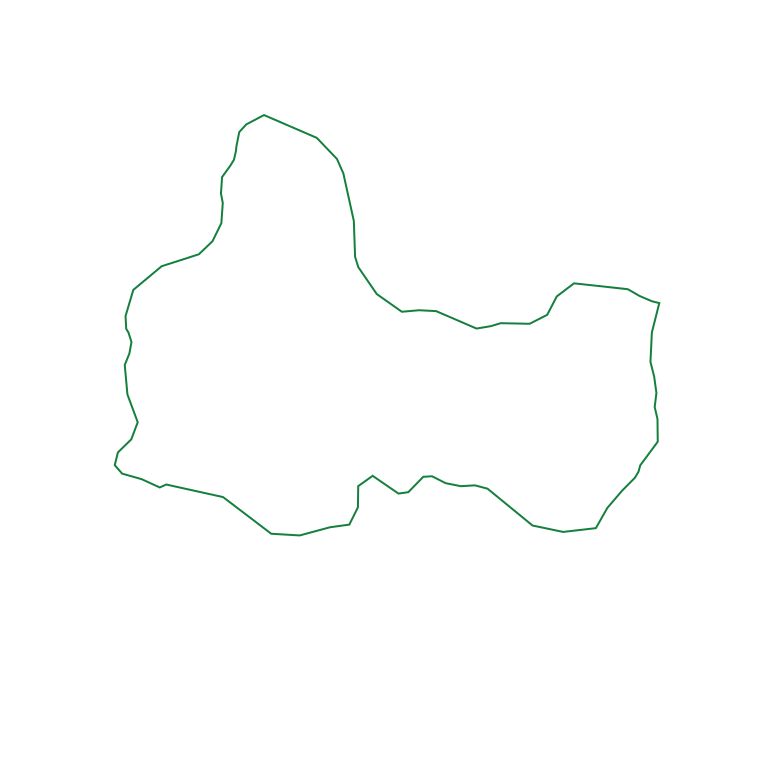 SVG path tracing the border of Mus, rotated 33°
{"feature_id": "TUR-2310", "entity_name": "Mus", "entity_type": "Province", "adm_level": 1, "iso_a3": "TUR", "parent_name": "Turkey", "parent_adm1": "", "projection": "mercator", "projection_center": [41.844, 39.013], "detail": "fine", "context": "isolated", "style": "outline", "palette": "green", "viewbox_px": 768, "rotation_deg": 33, "n_neighbors": 0, "source": "natural_earth", "source_scale": "10m", "svg_char_len": 1161}
<svg xmlns="http://www.w3.org/2000/svg" viewBox="0 0 768 768"><g transform="rotate(33 384 384)"><path d="M359.6,313.7L373.3,303.0L388.0,294.5L431.4,287.1L442.1,277.3L448.8,269.4L473.3,254.2L483.2,237.1L481.2,216.5L488.5,196.1L536.9,171.7L550.3,171.0L563.6,168.7L570.8,166.2L580.6,194.9L595.4,220.3L606.6,230.7L617.4,243.2L623.5,255.8L632.5,264.5L645.0,283.3L643.2,312.7L645.2,318.9L645.5,325.9L641.8,343.7L638.8,366.2L640.2,389.5L614.8,410.5L585.6,421.8L527.8,415.4L515.4,419.5L504.2,427.8L489.7,433.6L474.6,435.2L467.5,440.4L463.3,461.5L455.8,468.0L424.5,467.2L418.0,483.7L429.3,501.6L431.5,520.8L416.7,533.6L395.8,556.9L371.0,571.0L310.6,566.5L256.1,586.9L252.3,592.9L232.6,595.8L213.2,601.8L202.4,598.7L198.1,586.3L202.2,568.1L198.3,550.2L174.5,532.5L156.2,509.2L153.9,497.2L149.4,486.4L141.8,480.1L137.7,478.1L130.2,467.7L122.5,441.6L133.4,406.3L158.1,376.0L162.4,357.6L160.0,337.7L150.2,320.0L143.5,313.0L135.5,298.6L136.2,284.6L136.0,277.6L132.9,269.1L130.8,265.1L125.4,251.6L127.1,241.3L136.9,223.8L193.6,214.2L222.0,220.9L235.2,229.5L269.9,263.7L290.5,293.1L298.8,300.0L328.9,312.5L359.6,313.7Z" fill="none" stroke="#15803d" stroke-width="2"/></g></svg>